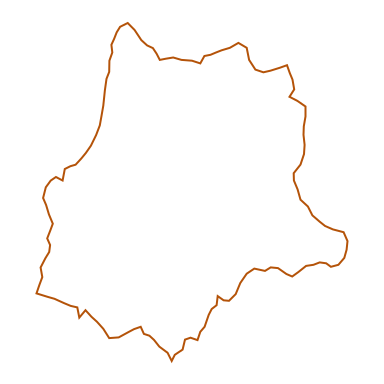 Itapecerica da Serra, São Paulo, Brazil
{"feature_id": "56859067B35127422475482", "entity_name": "Itapecerica da Serra", "entity_type": "district", "adm_level": 2, "iso_a3": "BRA", "parent_name": "Brazil", "parent_adm1": "São Paulo", "projection": "equal_earth", "projection_center": [-46.858, -23.736], "detail": "fine", "context": "isolated", "style": "outline", "palette": "amber", "viewbox_px": 384, "rotation_deg": 0, "n_neighbors": 0, "source": "geoboundaries", "source_scale": "gbopen_adm2", "svg_char_len": 1698}
<svg xmlns="http://www.w3.org/2000/svg" viewBox="0 0 384 384"><path d="M36.5,293.4L47.8,296.9L54.5,298.8L64.0,303.1L70.7,305.9L77.3,307.4L79.3,317.6L85.5,310.2L91.5,316.8L97.0,321.8L103.3,328.8L109.2,338.1L118.7,337.4L128.8,331.9L134.1,329.1L140.7,326.8L143.9,333.9L149.4,335.7L154.0,339.9L159.3,346.6L167.6,352.8L171.7,361.0L174.8,354.8L182.6,349.6L185.0,339.6L190.5,337.7L197.5,340.1L200.3,331.8L204.6,326.8L208.7,314.9L211.7,309.0L216.6,305.2L217.7,296.1L223.6,300.3L229.0,300.8L235.7,294.1L240.3,283.0L246.7,273.7L254.3,268.6L265.0,270.9L270.7,267.4L278.0,268.1L286.4,274.0L292.2,276.5L298.3,272.1L306.1,265.9L313.5,264.8L319.7,262.4L326.2,263.3L330.9,266.8L338.4,264.8L344.3,257.9L346.6,249.7L347.5,241.1L343.6,232.2L332.9,229.4L325.1,226.0L319.7,221.7L312.4,215.4L307.9,206.5L300.5,199.7L297.6,189.4L293.9,180.5L293.7,173.2L300.5,164.6L304.0,154.1L304.6,144.9L303.5,134.8L303.8,126.3L305.5,116.5L305.5,106.5L297.4,100.9L289.5,96.8L294.2,89.4L292.5,79.6L289.8,73.1L287.0,65.2L280.0,67.7L270.4,70.7L263.4,72.3L255.4,69.6L249.1,59.9L246.7,47.8L238.4,42.9L229.9,47.8L221.6,50.3L216.0,52.5L210.5,54.8L204.4,56.0L200.3,63.4L192.0,60.7L181.5,59.9L173.2,57.5L165.9,58.7L159.8,59.9L156.6,53.7L152.9,48.1L147.1,45.4L141.3,40.1L134.6,30.0L127.7,23.0L120.1,26.8L116.7,32.3L114.1,38.9L111.4,44.8L112.3,52.5L109.4,60.7L109.2,71.9L106.5,78.8L104.9,90.2L103.3,105.6L101.4,116.5L99.8,125.4L96.1,135.1L90.9,145.7L85.9,152.9L81.3,158.5L75.6,164.7L70.4,166.2L64.8,169.0L62.6,180.5L55.9,177.0L50.7,180.6L45.8,187.3L43.1,198.0L46.1,205.0L48.9,214.3L52.8,223.7L50.4,230.2L47.2,238.4L50.1,245.0L49.2,252.0L45.4,258.2L40.6,267.5L42.3,277.1L39.4,284.9L36.5,293.4Z" fill="none" stroke="#b45309" stroke-width="2"/></svg>